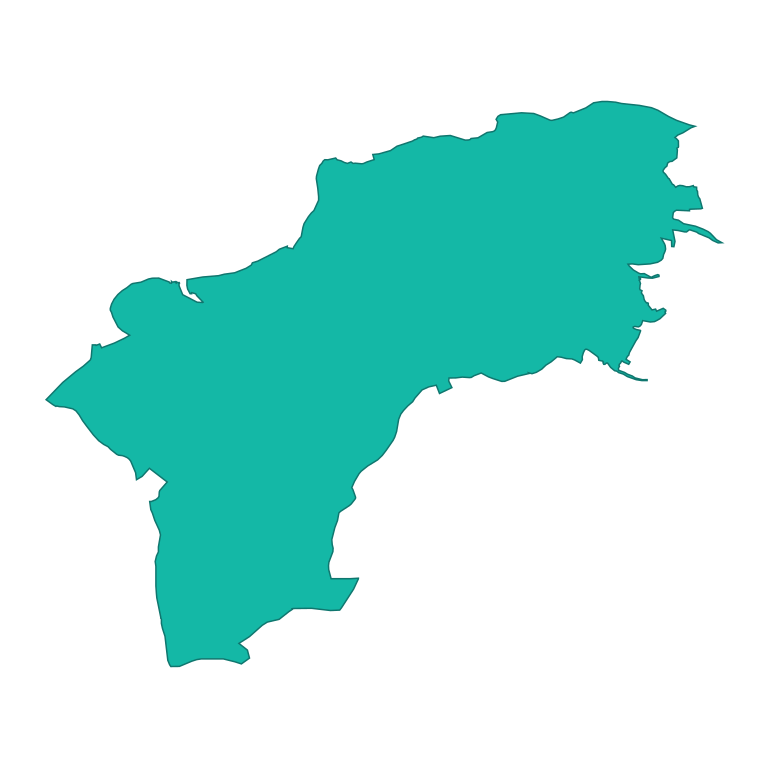 Pogaceaua, Mures, Romania
{"feature_id": "2599482B1933399749660", "entity_name": "Pogaceaua", "entity_type": "district", "adm_level": 2, "iso_a3": "ROU", "parent_name": "Romania", "parent_adm1": "Mures", "projection": "equal_earth", "projection_center": [24.3, 46.666], "detail": "fine", "context": "isolated", "style": "filled", "palette": "teal", "viewbox_px": 768, "rotation_deg": 0, "n_neighbors": 0, "source": "geoboundaries", "source_scale": "gbopen_adm2", "svg_char_len": 6110}
<svg xmlns="http://www.w3.org/2000/svg" viewBox="0 0 768 768"><path d="M339.7,610.1L341.5,607.8L353.6,589.1L358.4,578.8L358.4,578.2L349.9,578.7L331.1,578.7L328.7,569.6L328.5,565.7L328.9,562.2L332.9,551.6L333.1,548.2L332.2,544.5L331.8,539.6L334.8,527.7L337.5,520.5L338.9,512.9L340.5,511.4L349.6,505.4L351.2,504.0L355.0,499.2L355.6,498.0L355.5,497.0L352.9,489.6L351.8,487.6L354.5,481.4L359.1,473.6L361.2,471.2L367.8,465.9L377.6,459.9L382.3,455.4L386.2,450.3L393.0,440.5L394.7,437.2L396.6,431.5L398.7,419.2L400.8,414.1L403.6,410.4L407.8,405.9L412.7,401.7L415.0,398.0L422.1,389.9L428.7,386.9L436.3,385.2L439.5,393.5L451.9,387.6L448.7,381.0L449.0,378.0L455.8,377.9L462.3,377.1L469.5,377.6L471.3,377.4L474.1,375.7L481.2,373.0L488.5,376.9L493.0,378.6L501.7,381.4L504.8,381.3L517.6,376.2L529.1,373.5L528.6,372.8L532.0,373.7L536.4,372.3L541.8,369.1L546.0,365.1L551.2,361.8L557.3,356.7L561.2,357.2L566.4,358.6L571.8,358.9L574.5,359.9L580.4,363.1L582.4,359.7L582.2,356.7L583.3,352.9L584.7,349.9L585.8,349.2L586.9,349.3L589.1,350.4L596.8,356.0L598.3,357.4L598.8,360.3L602.6,361.1L603.5,362.1L603.0,362.7L603.7,364.3L604.9,364.3L606.3,363.1L607.6,363.1L610.6,367.4L614.6,370.7L616.9,371.2L618.6,372.6L623.3,374.1L627.4,376.6L636.2,379.7L642.0,380.6L647.1,380.6L647.1,379.6L642.4,379.7L635.1,377.9L632.3,376.0L627.5,374.2L624.5,372.4L618.7,370.3L618.4,368.2L619.5,366.3L619.0,365.5L619.4,364.2L620.6,363.0L621.6,361.1L622.2,361.0L623.7,362.1L628.7,364.3L630.1,361.9L626.1,359.3L626.5,358.1L627.5,356.3L628.7,355.3L629.5,352.4L635.9,340.8L638.1,337.6L640.6,330.8L640.2,330.3L636.6,329.6L633.7,328.4L633.1,327.7L633.3,326.9L634.8,326.4L638.4,326.9L639.9,326.2L641.4,324.5L642.7,320.6L650.3,322.0L654.5,321.6L656.8,320.5L660.0,318.7L665.6,313.4L665.0,312.0L665.8,311.2L665.8,310.2L663.2,308.3L656.6,311.2L655.6,309.1L652.0,309.9L648.3,305.3L648.3,303.4L647.9,302.9L646.5,302.9L644.8,300.8L644.1,299.3L643.4,295.8L641.4,293.0L642.0,290.7L640.2,289.9L639.7,288.8L640.1,284.8L640.5,283.6L639.5,280.6L639.1,280.2L639.3,279.7L640.4,279.5L640.6,278.9L640.3,278.2L639.0,278.1L638.9,276.8L647.9,278.0L652.5,278.2L659.0,276.5L659.0,275.2L657.8,274.6L655.0,275.5L651.1,277.3L644.3,273.6L640.6,273.8L638.6,273.1L633.4,270.0L629.3,266.1L628.0,264.2L632.3,263.9L638.2,264.7L650.1,263.9L657.6,262.3L661.2,260.2L662.8,258.4L663.6,254.5L665.0,251.4L665.6,249.1L665.2,245.7L664.5,243.8L661.3,238.2L671.5,240.5L671.7,246.5L673.9,246.7L675.0,241.4L672.7,229.9L678.1,230.5L684.6,231.9L686.6,231.9L688.9,230.1L689.8,229.8L696.7,232.1L698.6,233.5L709.0,237.8L712.6,240.4L718.1,242.9L721.9,242.7L716.5,239.7L710.4,233.3L708.1,231.6L703.0,229.1L695.5,226.2L683.6,223.7L678.5,220.2L673.6,219.1L672.6,217.7L673.3,212.7L674.4,211.4L676.4,210.2L689.5,210.8L689.5,209.4L690.4,209.2L700.9,208.8L702.4,208.3L699.8,198.8L698.7,197.4L697.8,195.0L697.5,191.3L696.7,190.0L696.6,187.2L693.7,186.8L693.3,185.6L689.6,186.7L686.3,186.8L682.7,185.7L679.8,185.4L677.7,186.0L675.7,187.3L673.5,184.7L672.4,184.3L669.1,178.7L668.3,178.3L665.6,174.3L663.4,172.2L663.0,171.1L663.1,170.4L664.9,167.8L666.9,166.1L667.6,163.1L669.7,161.6L672.1,161.3L676.8,157.9L677.4,150.0L676.9,148.6L677.0,148.1L678.3,147.3L678.5,146.7L678.4,140.9L676.9,139.1L674.9,137.5L677.9,135.0L683.1,132.7L691.0,127.8L695.0,126.3L689.1,124.8L676.5,120.3L668.6,116.5L658.0,110.3L651.5,107.7L639.4,105.4L621.5,103.5L615.7,102.2L607.6,101.5L601.9,101.5L593.6,102.8L585.8,107.9L573.4,112.9L571.1,112.2L570.0,112.6L563.6,117.1L557.9,119.0L551.9,120.4L550.1,120.2L540.3,115.9L533.8,113.5L521.5,112.8L500.6,114.7L497.9,116.4L496.1,119.3L497.7,122.0L496.3,127.9L495.3,130.0L493.9,131.2L492.4,131.7L487.1,132.5L478.0,137.8L471.0,138.5L470.2,139.5L468.4,140.0L465.2,140.1L450.3,135.5L440.2,136.2L433.8,137.7L423.2,136.1L421.5,137.2L417.6,138.1L416.8,139.1L414.6,139.8L412.4,141.1L397.0,146.2L390.5,150.6L378.8,153.9L372.8,154.5L374.2,159.6L366.8,162.0L363.5,163.5L361.8,163.8L355.4,163.2L353.0,163.4L351.0,162.0L347.5,163.4L344.4,162.5L341.0,160.8L337.1,159.8L335.7,158.0L327.8,159.8L324.8,159.7L323.3,160.9L321.8,163.4L319.7,165.5L318.4,169.1L316.5,176.2L316.3,178.7L317.8,188.4L318.6,196.6L318.6,200.3L313.9,210.6L311.3,213.0L308.6,216.4L304.1,223.6L303.0,227.2L301.2,236.7L299.5,238.4L296.7,242.4L294.0,246.5L293.1,248.7L287.2,247.7L287.3,246.2L279.4,249.2L276.0,251.9L257.8,261.1L252.4,262.8L251.3,265.1L246.1,268.3L234.6,272.8L224.3,274.2L218.5,275.7L202.7,277.0L187.0,279.7L186.9,285.4L187.6,289.0L190.1,293.7L191.6,293.7L191.5,292.8L191.7,292.6L195.7,293.8L196.8,295.7L203.1,302.2L202.7,302.5L197.1,302.2L182.7,294.7L179.1,285.9L179.0,283.6L179.5,283.2L179.4,282.9L179.1,282.5L178.1,282.7L177.1,282.2L176.2,283.1L176.0,282.6L176.2,281.7L175.9,281.5L174.9,282.0L174.2,281.7L173.3,282.1L172.3,282.1L171.5,281.4L171.6,283.0L171.3,283.3L169.7,282.9L169.4,282.2L168.9,281.9L158.8,278.1L152.3,278.2L148.5,279.0L140.9,282.2L132.8,283.5L131.2,284.2L126.9,287.7L122.2,290.7L117.9,294.5L114.1,299.2L111.6,304.0L110.3,308.3L110.3,310.1L111.5,312.4L113.0,317.1L118.1,327.0L122.4,330.8L129.7,335.2L124.5,338.2L114.3,343.1L101.6,347.8L99.7,344.0L96.1,345.4L95.9,344.9L92.3,344.9L91.2,357.5L90.3,360.0L83.3,366.2L75.7,371.7L62.7,382.5L46.1,399.7L52.7,404.5L55.9,406.4L56.8,406.0L59.2,406.6L64.4,406.9L72.7,408.8L75.9,410.8L79.1,414.8L82.7,420.8L86.7,426.2L93.3,434.8L98.7,440.7L103.7,444.4L108.1,446.7L110.5,449.3L116.7,454.3L118.6,455.2L122.3,455.6L124.4,456.3L127.4,457.7L129.2,459.2L130.7,461.1L135.6,472.7L136.5,479.7L142.2,476.3L149.4,468.3L167.2,482.0L159.8,490.5L159.3,491.8L159.0,496.4L158.0,497.9L155.8,499.7L151.3,501.5L149.7,501.5L150.8,509.6L152.4,513.1L154.8,520.4L159.3,530.2L160.5,534.9L158.4,546.9L158.4,551.9L156.5,556.0L155.2,561.5L155.9,566.4L155.9,586.0L156.4,593.3L156.8,597.8L160.8,617.5L160.7,618.1L161.4,619.1L161.4,623.5L162.5,628.5L165.0,636.3L167.8,660.3L169.6,664.7L170.8,666.5L179.4,666.4L191.8,661.2L196.7,659.6L201.4,658.9L223.3,658.9L234.9,661.8L241.4,663.9L249.5,658.1L247.4,650.1L238.9,643.4L249.5,636.6L262.2,625.3L267.3,622.1L279.2,619.3L288.8,611.7L292.4,609.3L292.1,608.7L293.2,608.5L311.5,608.3L330.5,610.5L339.7,610.1Z" fill="#14b8a6" stroke="#0f766e" stroke-width="1.5"/></svg>